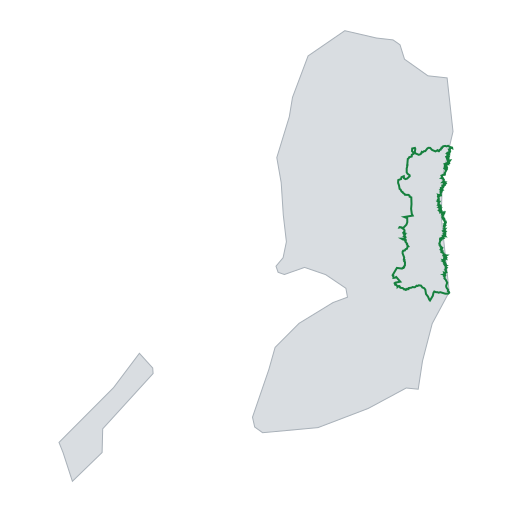 location of Jericho & Al Aghwar, West Bank, Palestine
{"feature_id": "87354302B18647900198549", "entity_name": "Jericho & Al Aghwar", "entity_type": "district", "adm_level": 2, "iso_a3": "PSE", "parent_name": "Palestine", "parent_adm1": "West Bank", "projection": "robinson", "projection_center": [35.498, 31.968], "detail": "fine", "context": "in_parent", "style": "outline", "palette": "green", "viewbox_px": 512, "rotation_deg": 0, "n_neighbors": 0, "source": "geoboundaries", "source_scale": "gbopen_adm2", "svg_char_len": 6765}
<svg xmlns="http://www.w3.org/2000/svg" viewBox="0 0 512 512"><path d="M447.1,77.9L453.0,131.5L442.3,177.3L441.3,217.4L449.2,292.0L432.2,323.6L422.5,361.0L418.2,389.2L406.2,388.0L368.3,408.4L318.0,427.6L262.6,432.7L254.7,427.0L252.5,417.2L268.8,369.7L275.1,347.4L299.1,323.3L333.1,302.5L347.5,297.2L345.9,288.3L325.6,274.6L304.5,267.4L284.4,274.5L278.1,272.3L276.0,266.2L283.1,257.7L286.4,241.8L283.3,215.1L281.2,182.7L276.8,157.6L289.3,116.8L292.5,97.4L308.1,55.9L344.8,30.7L376.3,38.0L393.0,39.9L400.0,44.8L404.5,59.2L427.9,75.8L447.1,77.9ZM139.4,353.3L152.7,368.0L153.1,373.5L102.7,428.8L102.1,452.5L72.4,481.3L63.1,452.7L59.0,442.4L113.5,387.7L139.4,353.3Z" fill="#d9dde1" stroke="#a8b0b8" stroke-width="1"/><path d="M452.1,147.6L449.7,146.9L448.1,145.8L446.6,146.4L445.2,145.9L443.1,146.3L442.8,147.0L441.6,147.5L441.8,148.3L440.8,148.9L440.7,149.6L439.6,149.9L439.0,151.2L438.4,151.2L437.5,150.2L435.5,151.4L432.0,149.9L430.2,147.9L428.5,147.8L427.4,148.4L425.3,151.1L424.2,151.1L422.5,152.4L421.8,151.9L420.7,154.1L418.8,154.8L415.5,153.4L414.8,152.1L415.3,148.9L414.9,147.9L412.2,148.5L412.0,151.1L413.2,152.3L413.5,153.8L411.8,154.8L411.7,156.5L409.2,157.2L408.7,158.3L407.8,158.9L407.3,164.6L407.5,164.9L407.1,165.2L407.2,166.7L406.7,168.3L406.7,172.4L407.6,173.8L409.6,175.2L409.7,176.2L407.1,178.6L405.4,179.1L404.0,178.2L403.8,176.2L401.5,177.2L401.0,179.1L398.3,180.0L398.2,180.5L398.1,182.9L399.0,185.4L399.6,188.9L400.6,189.6L401.4,191.3L401.8,191.8L402.5,191.9L403.1,193.0L404.7,194.1L405.0,194.8L408.5,194.9L409.5,195.6L409.6,196.7L411.3,197.4L411.5,204.2L411.1,208.8L411.8,213.9L412.7,215.6L404.3,217.0L407.2,218.2L407.3,222.2L406.4,224.7L403.2,228.0L400.9,227.2L399.6,227.1L399.4,227.5L400.9,227.3L403.7,229.2L404.5,230.2L404.5,231.3L403.5,232.5L404.5,233.0L404.0,233.1L404.7,233.9L404.0,234.1L404.8,234.9L404.1,236.0L404.6,236.0L404.6,236.5L405.2,236.7L405.1,237.2L405.4,237.6L403.4,238.7L401.6,238.7L403.0,239.5L404.0,239.4L404.3,239.8L405.3,239.7L405.8,240.0L405.8,240.5L405.3,241.1L405.8,241.8L405.7,242.2L407.0,243.5L407.2,244.0L406.9,244.5L408.3,246.4L407.5,246.6L407.0,248.7L405.6,249.2L404.9,250.4L404.2,250.4L403.6,250.9L403.1,250.8L402.6,251.7L402.6,253.4L404.2,257.5L403.8,259.7L404.6,260.1L404.2,261.3L405.0,262.1L404.9,265.6L403.9,266.5L404.1,267.2L403.5,268.0L402.6,267.9L402.0,268.6L396.9,267.9L392.7,275.0L393.1,275.3L392.8,275.6L393.6,277.3L393.5,277.9L395.1,277.7L396.2,277.0L400.3,281.7L395.4,282.6L394.6,283.2L395.3,284.8L396.1,284.6L397.0,285.9L397.6,286.1L397.6,286.8L398.3,286.1L399.2,286.0L399.8,286.5L399.7,287.2L400.5,287.8L402.8,288.1L404.1,289.4L404.8,289.1L405.6,289.9L406.5,289.7L406.5,289.1L407.2,288.7L408.5,289.1L408.9,288.0L411.4,287.7L412.7,287.0L414.1,287.3L415.1,287.1L416.6,285.7L417.6,286.0L418.7,285.3L421.0,285.6L422.4,287.5L424.1,288.1L425.3,289.6L426.0,294.0L428.0,296.6L429.3,299.7L430.0,300.5L432.8,295.8L433.5,292.7L434.3,291.5L436.0,292.2L437.5,292.2L438.6,292.7L440.3,292.2L445.3,293.7L448.3,293.6L449.2,292.7L448.9,291.9L447.8,291.1L448.1,289.7L446.9,288.3L446.2,286.8L446.2,285.6L447.2,282.7L445.7,279.7L444.4,278.4L444.7,277.0L444.3,276.5L444.9,275.7L444.1,275.6L444.4,274.9L443.6,274.6L444.6,274.4L444.1,272.7L444.6,272.9L445.1,272.6L445.4,272.9L445.6,272.3L446.3,272.2L445.8,271.0L445.9,270.4L445.3,269.9L445.8,269.6L445.6,268.9L446.4,268.0L445.6,267.9L445.8,266.5L445.3,265.8L446.3,265.5L444.9,264.7L445.0,264.3L445.7,264.3L445.5,263.8L444.4,263.8L444.8,262.7L444.4,262.6L444.4,263.2L443.8,262.8L444.2,261.8L442.8,261.1L443.6,260.8L443.1,260.2L443.6,260.3L443.8,259.6L444.4,260.0L444.3,258.8L444.8,259.3L444.9,258.3L445.8,258.6L445.2,257.6L445.9,258.0L446.2,257.8L445.6,257.4L445.9,257.0L445.3,256.1L446.5,255.4L445.5,255.3L444.8,254.7L443.5,255.0L443.8,254.1L443.5,253.2L441.6,252.2L442.5,251.2L441.3,250.7L441.5,250.3L441.0,249.5L441.9,249.1L442.1,248.4L441.0,248.7L441.6,247.5L441.1,247.3L441.1,246.8L440.3,246.5L440.3,245.4L439.5,244.9L439.7,244.1L439.3,243.6L440.3,240.7L440.0,239.9L440.1,238.5L440.9,238.2L441.5,239.0L441.7,237.9L442.5,237.8L442.1,238.3L442.4,238.7L443.5,238.2L442.9,237.7L442.7,236.0L444.5,236.3L444.4,235.8L443.5,235.2L443.9,234.8L445.0,235.4L444.6,234.7L445.3,234.2L445.3,233.6L444.1,233.3L445.2,232.1L444.1,231.6L445.0,231.2L444.1,230.8L444.8,230.6L444.4,230.1L444.9,229.4L444.3,229.6L443.5,228.2L444.2,228.7L444.2,228.0L445.0,227.8L444.6,227.7L444.7,226.9L444.1,226.9L443.9,226.4L444.0,225.7L445.3,225.1L444.3,224.1L445.0,223.8L444.9,223.2L445.9,222.7L445.9,222.2L445.6,221.5L444.9,221.9L444.7,221.1L444.2,220.7L444.0,220.0L444.3,219.7L443.9,219.1L444.3,218.9L444.0,218.3L443.7,218.1L443.0,218.8L442.2,217.1L442.5,216.2L443.0,215.9L442.5,215.5L442.6,214.8L443.0,214.7L443.1,214.1L444.1,213.7L444.3,212.9L443.5,213.4L443.5,212.5L442.6,213.1L443.0,212.0L442.3,212.9L441.8,211.7L441.6,212.7L440.8,212.2L440.2,212.5L440.1,212.0L440.6,211.1L440.3,210.9L440.3,211.3L439.9,211.4L439.1,210.6L440.0,210.4L439.6,209.6L440.6,209.7L440.3,209.3L440.8,208.4L440.1,208.5L439.9,207.7L438.9,207.3L440.7,206.4L440.6,205.6L438.8,205.6L438.8,205.2L439.5,205.2L439.4,204.8L438.2,204.8L438.8,203.8L438.4,203.3L439.2,202.1L438.7,202.2L438.0,201.6L438.8,201.5L438.8,200.4L438.2,200.7L437.7,200.1L438.8,198.1L437.9,196.6L438.0,196.1L438.6,195.9L438.2,194.9L439.0,195.2L438.9,195.8L439.2,196.1L439.6,195.9L439.7,195.0L440.9,195.2L440.6,192.4L441.3,192.3L441.5,191.8L441.1,192.0L440.7,191.3L442.2,190.6L441.0,190.6L440.9,190.3L441.7,190.1L440.9,189.7L441.7,189.3L440.9,188.9L440.9,188.1L441.8,188.3L442.1,189.0L442.4,188.8L442.4,186.2L443.4,186.8L443.6,186.4L442.9,185.6L444.1,185.2L443.5,184.7L443.6,184.2L444.5,185.0L445.6,184.8L444.6,184.5L445.5,183.7L444.6,183.4L445.4,182.4L444.9,182.4L444.6,181.7L443.1,181.9L444.0,181.1L443.5,180.2L443.8,179.5L443.0,178.8L443.0,178.4L441.5,178.1L442.4,177.5L441.5,175.6L443.4,174.8L444.7,174.8L445.0,173.9L444.6,173.3L446.0,170.8L445.5,169.8L446.3,170.1L446.8,169.3L445.8,168.7L446.7,168.4L447.1,167.8L446.9,167.4L446.5,167.4L446.4,168.2L445.8,167.6L445.3,168.6L445.0,168.5L445.4,168.1L444.6,167.9L444.9,167.5L444.6,167.0L444.8,166.5L445.4,166.5L445.7,167.2L446.6,166.2L446.4,165.6L445.9,166.2L444.9,165.8L444.7,164.5L445.7,164.4L445.0,163.9L445.8,163.6L446.4,164.1L447.0,163.0L448.2,163.8L448.1,162.8L448.7,163.4L449.2,163.2L448.9,162.1L450.1,160.4L449.2,160.5L448.2,159.7L447.7,160.5L447.3,159.2L447.8,159.0L448.4,159.4L448.5,158.3L447.7,157.9L446.9,158.3L446.3,156.9L447.3,156.7L447.6,157.4L448.0,156.8L448.9,156.5L448.5,155.5L447.5,156.3L447.3,155.5L448.0,154.5L447.0,153.7L447.7,153.4L448.5,154.4L449.2,154.4L448.9,153.1L447.8,153.1L447.6,152.7L448.9,152.3L449.5,152.8L450.0,151.6L449.4,151.5L449.5,150.8L449.0,149.7L449.9,149.7L449.9,148.8L450.6,148.1L451.4,147.8L452.2,148.2L452.1,147.6Z" fill="none" stroke="#15803d" stroke-width="2"/></svg>